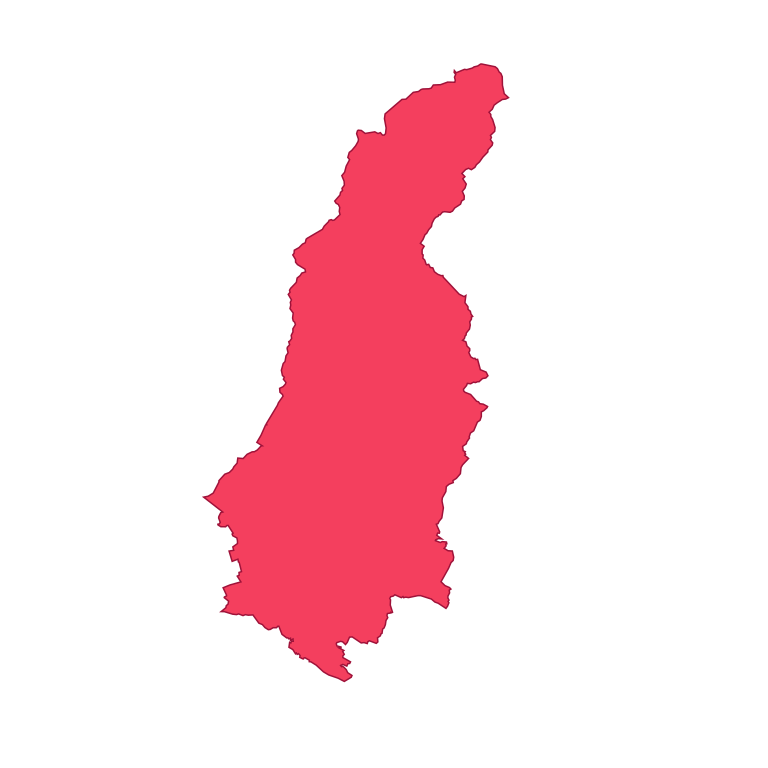 outline of Dumitresti, Vrancea, Romania, rotated 61°
{"feature_id": "2599482B73706266576217", "entity_name": "Dumitresti", "entity_type": "district", "adm_level": 2, "iso_a3": "ROU", "parent_name": "Romania", "parent_adm1": "Vrancea", "projection": "albers", "projection_center": [26.916, 45.591], "detail": "fine", "context": "isolated", "style": "filled", "palette": "rose", "viewbox_px": 768, "rotation_deg": 61, "n_neighbors": 0, "source": "geoboundaries", "source_scale": "gbopen_adm2", "svg_char_len": 6170}
<svg xmlns="http://www.w3.org/2000/svg" viewBox="0 0 768 768"><g transform="rotate(61 384 384)"><path d="M504.1,636.8L505.7,634.0L511.9,628.0L514.2,624.8L514.6,622.6L518.2,619.6L518.5,617.1L520.4,614.8L522.4,610.6L532.5,609.4L535.4,607.0L539.3,606.2L542.8,604.3L543.5,602.5L543.4,599.1L545.0,596.2L544.4,594.3L544.9,593.4L553.5,594.6L558.9,592.2L559.4,591.1L560.8,590.8L561.0,589.1L562.8,590.0L562.9,587.2L565.0,588.1L564.1,589.7L565.3,591.0L564.2,591.8L568.2,594.8L572.1,592.5L577.1,592.2L576.8,591.1L578.4,591.0L578.4,589.5L580.8,589.0L582.2,590.2L584.9,588.4L585.4,587.7L584.8,586.8L585.1,585.8L589.4,583.2L590.6,584.0L591.6,582.6L597.0,579.6L606.4,576.5L611.7,573.4L618.9,566.9L624.9,562.9L624.6,554.8L623.4,553.3L618.9,555.7L615.5,555.5L612.2,556.4L610.9,557.1L610.6,558.2L609.1,558.4L609.3,555.9L612.7,553.3L611.1,551.2L611.8,549.5L610.8,548.0L603.3,552.6L601.9,551.8L601.2,549.8L597.9,549.8L597.6,548.3L593.0,551.3L593.7,549.4L593.2,549.1L590.2,552.2L588.1,551.7L587.3,550.7L588.0,546.8L589.3,545.2L593.2,544.0L592.2,541.4L588.7,536.9L589.8,534.4L599.4,529.5L600.5,526.8L602.9,524.5L601.5,523.0L601.5,521.3L607.1,516.5L606.6,514.4L602.8,512.7L602.5,509.3L601.1,507.8L601.1,506.6L597.7,504.0L597.4,502.2L595.2,499.5L591.8,496.9L590.2,494.0L587.8,493.6L586.4,492.3L587.4,489.5L586.9,488.9L587.8,488.3L587.8,487.2L580.4,485.7L575.9,482.9L574.4,483.0L573.3,481.3L574.0,478.6L573.6,476.7L579.3,472.4L579.1,470.5L580.4,470.4L580.9,468.4L582.7,466.1L585.6,456.8L586.9,454.5L595.1,446.8L599.4,445.2L602.0,442.9L610.3,438.6L609.2,436.2L606.8,433.3L605.2,433.4L604.5,431.9L602.2,431.9L600.5,430.9L598.5,427.9L595.9,426.9L595.8,424.9L593.8,425.4L589.9,428.4L584.6,430.0L576.5,416.9L572.7,412.0L571.9,409.1L569.3,407.0L563.2,405.2L560.9,408.8L556.9,411.1L555.7,408.2L553.9,407.6L554.2,406.5L552.5,406.0L550.1,409.4L549.9,411.6L545.9,415.0L545.3,414.4L545.6,411.4L547.5,408.6L541.9,411.2L540.4,409.4L541.3,407.9L540.3,407.0L532.0,406.2L532.3,404.4L530.8,402.4L529.2,398.4L521.1,392.1L514.5,390.0L511.8,388.1L508.1,382.1L503.9,379.2L503.2,375.8L503.8,371.2L501.9,370.6L501.6,366.4L499.5,360.7L494.4,357.1L492.8,354.5L490.1,346.1L485.5,348.0L485.0,346.6L483.2,346.8L482.6,345.7L480.8,347.1L476.7,345.5L476.2,341.0L474.8,339.7L472.7,335.4L471.6,335.2L468.8,332.2L468.4,328.2L462.6,320.8L462.3,317.6L459.6,314.6L455.6,312.4L455.7,309.8L454.7,305.4L453.9,304.3L449.7,307.0L447.7,309.7L445.4,310.0L443.9,311.4L435.2,313.3L430.6,317.1L428.8,317.7L427.1,317.0L425.4,312.6L423.9,310.8L425.8,308.1L425.8,304.8L427.1,303.3L427.4,300.9L428.1,299.8L427.0,295.2L428.1,292.0L427.2,289.1L423.1,288.9L418.2,292.8L407.8,290.2L407.1,291.9L405.6,292.0L405.1,293.4L402.4,294.9L397.6,294.6L396.4,292.8L394.6,291.9L391.0,293.0L386.8,291.9L383.9,294.1L383.3,291.7L381.3,289.8L381.0,288.5L379.3,287.3L377.4,282.6L374.3,280.0L371.2,278.9L369.6,276.0L367.8,275.1L367.9,273.7L364.9,274.0L362.2,273.2L359.5,274.3L357.1,273.1L352.1,273.8L346.3,269.5L346.4,271.6L341.9,274.7L319.3,280.4L317.7,279.9L316.9,281.5L314.1,283.8L310.2,285.5L306.1,285.0L304.5,287.0L301.0,286.9L300.4,288.9L299.8,289.1L295.3,288.3L292.8,289.0L290.1,287.2L288.7,287.6L285.0,285.5L283.0,282.1L278.6,284.0L276.5,279.8L273.2,275.6L273.0,273.8L270.7,270.1L269.3,266.2L266.6,263.9L264.0,260.0L263.3,257.6L263.6,255.4L262.6,254.2L263.3,253.1L262.0,249.5L262.7,247.4L265.9,242.9L266.0,240.3L264.3,236.7L263.8,229.9L261.5,227.2L261.4,224.5L258.4,222.6L253.5,222.1L251.9,218.1L249.0,215.1L242.7,215.6L241.9,212.7L237.6,213.8L236.0,208.6L236.3,205.5L238.9,203.7L238.6,199.5L237.0,196.9L236.1,192.9L233.5,187.5L231.4,180.7L229.6,179.5L227.6,173.6L225.8,172.0L221.9,172.5L220.4,170.5L218.2,170.4L216.7,164.7L213.5,162.5L205.4,160.8L201.8,160.9L200.0,159.9L197.2,160.4L196.2,156.1L193.5,152.5L192.9,148.4L192.5,142.6L193.8,139.4L193.9,136.3L188.4,138.1L180.2,135.6L172.6,131.6L169.0,131.2L167.1,132.0L163.1,131.9L160.4,133.0L151.5,143.4L151.0,144.4L151.3,147.8L150.3,151.5L150.5,153.5L149.2,159.2L147.8,161.1L146.8,169.9L144.0,170.5L145.5,171.6L148.0,171.2L149.8,173.6L152.9,174.4L154.4,175.8L150.8,182.0L149.6,189.5L146.4,195.9L148.1,199.2L147.6,201.5L144.8,207.0L144.4,208.7L144.9,212.0L143.1,217.0L145.5,226.8L143.8,230.3L148.3,252.1L152.2,255.0L161.1,258.0L165.8,261.3L166.4,263.2L165.5,264.7L162.4,265.3L162.0,267.8L159.0,269.8L155.7,279.0L151.3,280.9L149.5,283.5L149.8,284.6L151.8,286.6L157.4,287.6L159.2,288.9L161.9,293.3L164.1,299.0L164.6,302.1L168.3,305.8L171.1,305.3L175.1,311.4L179.7,315.8L181.3,319.9L187.4,320.6L190.9,322.3L192.5,325.9L194.7,326.5L195.3,329.1L197.4,330.9L200.1,338.4L202.6,338.3L204.9,336.9L208.1,337.1L211.4,339.5L214.5,340.3L216.5,347.8L216.1,349.5L214.7,350.4L214.2,352.6L215.2,353.9L216.9,359.7L218.9,362.9L219.3,380.3L219.6,381.9L222.3,384.4L222.1,387.4L223.5,392.2L223.5,397.6L226.1,399.3L226.9,401.2L232.2,401.0L234.6,402.3L237.6,401.8L245.3,397.4L247.9,398.3L247.1,402.1L248.5,404.7L249.2,408.6L252.6,411.4L255.0,419.2L256.2,421.2L258.2,421.7L259.2,424.3L265.6,424.2L267.1,426.3L269.8,427.3L272.5,429.7L277.9,429.0L282.0,432.0L284.7,432.8L286.7,432.2L289.1,432.7L291.5,436.9L294.3,438.4L296.5,441.6L299.4,442.7L300.7,445.3L300.8,446.8L303.9,447.5L305.0,450.7L306.1,451.6L310.2,452.8L311.9,456.1L316.4,459.7L317.2,462.2L322.2,467.1L327.3,468.7L329.8,467.9L331.0,469.7L335.1,469.0L336.3,470.3L337.4,473.5L337.2,477.4L340.8,479.0L344.0,477.9L345.7,478.2L349.2,485.4L351.0,487.6L361.7,506.2L362.8,506.3L362.4,507.4L369.2,516.4L373.4,523.5L379.0,520.5L378.6,521.5L380.3,526.8L380.4,530.1L379.4,532.3L379.1,537.8L380.9,543.3L377.9,547.8L382.0,550.8L383.6,555.4L385.1,557.6L386.4,562.2L385.7,567.0L388.5,575.2L389.8,576.0L396.6,586.2L396.9,592.2L395.5,596.6L417.8,587.1L417.4,589.2L419.8,592.7L421.0,593.6L425.6,594.3L426.5,595.9L426.1,597.3L426.8,597.5L429.7,595.9L432.1,591.7L431.6,590.1L432.1,588.9L441.3,588.3L441.6,589.6L443.5,589.8L447.3,587.3L450.1,588.2L452.5,589.5L453.2,595.2L456.6,596.1L455.0,600.5L465.5,602.8L466.4,596.7L469.1,597.6L469.7,597.1L479.0,599.6L478.5,602.2L481.0,603.3L480.9,605.5L487.7,605.1L485.1,616.0L484.2,623.5L492.4,624.1L493.0,624.5L492.9,626.8L493.4,627.3L498.6,625.2L500.9,627.1L501.4,629.4L503.0,630.8L504.1,636.8Z" fill="#f43f5e" stroke="#9f1239" stroke-width="1.5"/></g></svg>